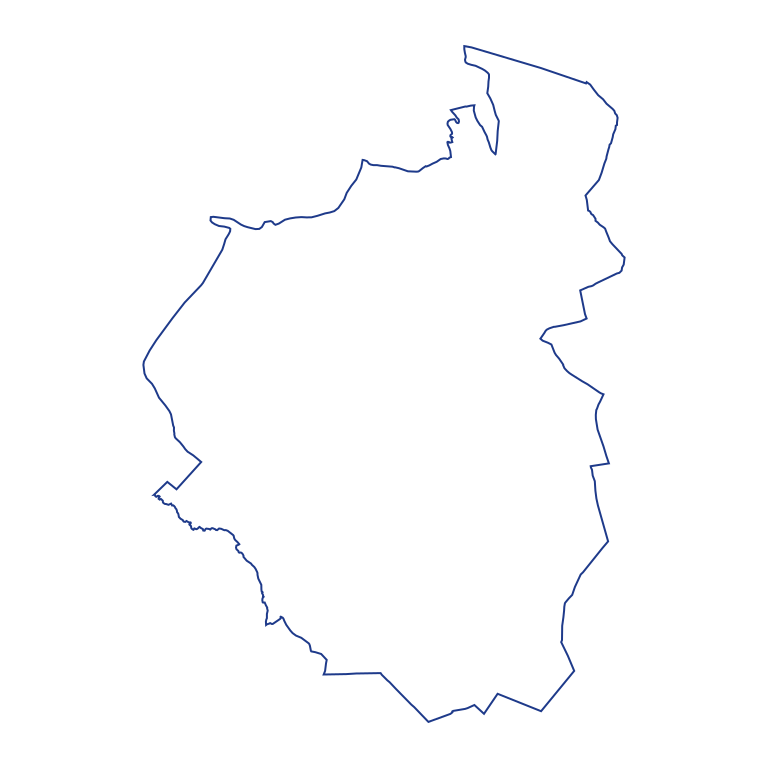 outline of Camar, Salaj, Romania
{"feature_id": "2599482B75066150434534", "entity_name": "Camar", "entity_type": "district", "adm_level": 2, "iso_a3": "ROU", "parent_name": "Romania", "parent_adm1": "Salaj", "projection": "natural_earth1", "projection_center": [22.617, 47.305], "detail": "fine", "context": "isolated", "style": "outline", "palette": "blue", "viewbox_px": 768, "rotation_deg": 0, "n_neighbors": 0, "source": "geoboundaries", "source_scale": "gbopen_adm2", "svg_char_len": 6086}
<svg xmlns="http://www.w3.org/2000/svg" viewBox="0 0 768 768"><path d="M541.1,711.2L574.2,670.9L567.9,655.9L561.2,642.1L562.0,640.2L562.2,625.8L563.4,617.3L564.1,610.5L564.3,606.8L564.9,603.3L565.3,602.6L568.9,598.3L572.2,594.9L574.9,587.0L580.7,574.5L583.0,572.3L602.5,548.0L608.1,541.4L597.9,505.4L596.4,498.5L595.4,490.7L594.8,481.2L592.7,475.6L592.0,469.8L590.9,467.4L590.7,466.2L608.9,463.4L606.4,456.1L603.5,446.4L597.6,429.6L595.9,419.1L595.8,414.9L596.3,410.0L597.0,408.7L598.5,404.5L600.1,401.6L603.5,394.3L600.9,393.3L598.9,392.1L587.6,384.3L582.1,381.2L571.8,374.7L569.4,373.1L567.0,371.0L564.5,368.3L563.1,365.1L563.2,364.6L559.1,358.6L556.0,355.0L554.6,352.7L551.4,344.5L547.8,342.7L542.7,340.7L540.4,338.7L544.4,332.9L545.5,331.0L546.7,329.7L549.4,328.3L553.9,326.8L554.9,326.8L563.6,325.2L580.5,321.4L586.6,318.5L585.0,314.1L580.2,290.4L588.4,286.8L591.6,286.1L593.2,285.4L595.6,283.7L598.2,282.4L616.8,273.5L619.4,272.8L621.6,270.6L622.1,267.4L623.7,264.6L624.6,257.5L622.2,255.3L621.7,254.0L612.5,244.3L610.0,241.3L608.7,237.7L606.2,231.6L605.1,228.6L603.6,227.3L599.7,224.7L597.9,222.6L595.5,220.8L595.5,218.8L593.1,215.1L592.0,214.5L591.0,213.6L590.6,212.3L589.5,211.1L588.1,210.5L586.8,199.9L585.5,195.5L598.9,180.0L601.6,172.8L604.4,163.5L606.3,158.7L606.6,156.4L608.5,149.2L609.2,147.1L609.6,144.7L611.0,143.3L612.7,137.2L613.2,134.3L615.4,129.2L615.8,125.7L617.0,125.0L617.0,122.5L617.6,117.8L616.8,115.2L615.2,113.5L614.3,110.8L612.6,108.9L606.5,103.7L603.1,99.3L598.2,95.2L593.8,89.6L590.2,84.6L586.6,82.1L586.0,83.4L540.8,68.0L471.5,47.4L464.3,46.1L464.3,49.1L464.9,52.8L465.7,56.1L465.7,57.2L465.0,59.7L465.2,61.0L465.7,62.4L467.7,63.7L471.2,64.8L475.6,65.8L482.2,68.9L484.9,70.5L487.6,72.7L488.6,73.8L489.0,74.7L489.0,77.8L488.5,81.4L488.2,86.8L487.3,93.2L490.3,98.4L493.2,104.9L494.7,111.0L495.8,114.9L498.6,120.5L498.8,121.2L497.7,131.0L497.2,140.8L495.6,154.1L495.4,154.3L492.2,151.2L491.4,150.1L490.4,147.6L488.8,142.3L487.6,139.5L487.0,136.8L486.4,135.4L484.5,131.9L482.1,126.8L480.1,125.1L477.4,120.9L475.7,117.5L473.8,110.6L474.0,106.8L474.4,105.3L470.9,105.6L466.5,106.6L465.3,106.5L450.9,110.1L452.1,111.8L455.4,115.4L456.7,117.5L458.6,119.4L459.0,121.4L458.6,122.8L458.1,123.1L457.2,123.0L456.1,122.0L455.0,119.7L454.4,119.2L450.4,119.8L449.1,120.6L448.0,121.6L447.8,122.1L447.5,123.6L447.7,125.0L450.4,129.0L451.9,132.0L452.1,133.1L452.0,133.8L450.5,135.1L450.3,136.1L450.7,136.9L452.0,137.0L452.6,137.5L451.6,138.3L451.4,138.7L452.3,142.1L450.6,142.6L449.4,142.6L449.1,142.4L448.9,142.0L447.9,141.8L447.5,142.0L447.4,142.3L447.9,144.9L449.5,148.5L450.3,151.1L451.0,157.1L449.5,157.6L448.6,158.6L448.0,158.9L447.4,159.0L445.9,158.5L443.8,158.4L440.7,159.0L436.7,161.8L432.6,163.6L429.3,165.4L426.5,166.5L425.7,166.2L423.0,168.0L419.1,171.1L418.3,171.5L416.7,171.7L407.9,171.3L398.9,168.2L395.0,167.3L394.6,167.4L392.5,166.7L381.0,165.8L376.9,165.1L373.3,165.1L370.8,164.6L369.1,163.7L367.0,161.2L364.0,160.1L362.6,159.9L361.3,167.5L356.3,179.5L351.3,185.8L346.7,192.9L344.3,199.3L338.3,208.0L334.3,211.1L329.8,212.5L325.1,213.4L317.5,215.8L311.6,217.3L306.6,217.4L301.4,217.1L295.7,217.5L290.1,218.4L285.0,219.7L278.8,223.6L275.4,224.8L273.6,223.5L272.7,222.1L270.8,221.1L264.7,222.1L261.9,227.0L259.3,228.9L255.5,229.1L247.7,227.2L244.2,226.1L241.0,224.6L233.7,219.8L229.8,218.5L224.4,218.2L213.4,216.8L210.8,217.1L210.5,220.5L212.0,222.4L214.8,224.2L219.0,226.0L224.3,226.6L229.2,227.9L230.3,228.8L230.1,231.3L228.8,234.0L225.5,239.3L224.1,244.2L222.3,249.7L202.9,283.0L201.1,285.3L184.7,302.5L172.4,318.3L156.3,340.2L149.7,350.4L143.9,361.5L143.4,364.9L144.5,373.5L146.7,378.4L152.0,383.8L154.8,388.4L159.0,397.7L165.4,405.5L169.4,411.1L171.0,414.4L173.2,425.6L174.0,427.5L173.9,430.7L174.4,433.4L174.3,434.4L174.9,437.1L175.7,438.3L179.9,442.2L183.4,446.5L185.2,449.1L187.6,451.7L193.3,455.4L201.2,462.0L176.5,489.3L167.3,481.9L154.1,494.7L154.8,494.6L155.3,496.1L156.2,496.8L157.7,495.9L158.8,495.9L159.2,496.2L159.6,496.5L158.7,497.9L158.6,498.8L159.7,499.6L160.8,498.9L161.2,499.2L162.8,500.7L162.9,502.2L163.5,503.1L165.1,504.0L166.0,504.0L168.5,504.8L171.1,503.6L172.1,505.5L173.1,505.3L174.0,505.9L175.0,507.1L175.4,508.1L176.4,509.3L176.8,510.4L177.2,512.4L177.9,513.1L178.4,514.2L178.9,517.0L180.5,518.7L182.8,520.1L183.2,521.0L183.7,521.6L185.3,521.9L186.5,521.0L188.8,522.4L190.5,522.4L190.8,522.9L190.6,523.5L189.4,524.4L189.5,524.7L191.0,526.1L191.3,528.1L191.7,528.7L193.1,529.7L193.5,529.8L194.2,528.5L194.4,528.4L196.0,529.1L196.8,529.1L198.0,528.3L199.0,527.2L199.6,526.9L200.7,527.9L202.9,529.1L203.2,530.5L204.2,530.7L204.6,530.7L205.5,529.1L206.3,528.6L209.2,529.0L210.2,529.6L210.5,529.4L211.0,528.7L211.8,528.2L212.7,528.2L215.5,529.4L216.0,530.0L217.2,530.1L219.1,528.5L219.8,528.6L221.2,528.8L223.6,529.9L224.4,530.2L225.8,530.1L227.7,530.8L233.2,535.1L233.6,535.6L234.3,538.6L235.3,540.1L237.4,542.0L239.3,544.2L238.7,544.7L236.4,545.6L236.0,547.6L236.5,549.3L238.3,550.9L238.7,552.2L239.3,552.7L240.7,552.5L241.5,552.8L242.2,553.5L242.9,554.4L243.5,555.7L243.5,556.9L246.7,560.7L251.1,563.6L251.8,564.7L254.3,567.0L255.6,568.9L257.3,572.4L257.5,573.6L257.5,574.8L258.3,578.6L261.3,584.8L261.4,589.6L261.7,591.6L262.4,591.9L262.6,592.5L262.1,593.2L263.1,595.1L263.0,596.4L263.6,596.7L263.5,597.1L262.8,597.8L262.5,598.5L262.3,600.1L262.7,602.3L263.1,602.6L264.7,602.5L265.9,605.3L267.2,607.6L267.1,608.3L267.7,610.6L266.9,614.0L266.9,618.2L266.3,619.6L265.9,621.7L266.1,625.0L267.0,624.3L269.5,623.5L270.1,623.1L271.9,624.0L272.8,623.9L280.0,619.0L280.9,618.0L280.5,617.0L280.8,616.7L282.7,617.7L283.4,618.6L284.4,621.1L286.3,624.9L290.3,630.5L292.6,633.1L296.0,635.6L301.3,637.8L308.8,643.4L309.3,644.1L309.9,645.7L310.9,650.8L311.3,651.4L315.4,652.2L321.2,654.0L326.7,659.9L326.0,663.5L325.1,670.9L323.7,674.5L346.3,674.1L356.1,673.5L380.6,673.1L381.8,674.8L387.3,680.3L389.6,682.2L396.1,689.1L411.3,704.6L414.2,707.1L428.4,721.9L450.4,713.9L452.3,712.4L452.1,712.1L452.3,711.4L453.2,710.9L465.1,708.9L467.6,708.1L474.4,705.0L484.0,713.8L497.6,693.8L541.1,711.2Z" fill="none" stroke="#1e3a8a" stroke-width="2"/></svg>